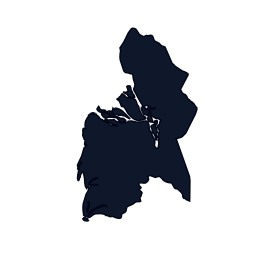 an SVG outline of Delta Amacuro, rotated 248°
{"feature_id": "VEN-65", "entity_name": "Delta Amacuro", "entity_type": "State", "adm_level": 1, "iso_a3": "VEN", "parent_name": "Venezuela", "parent_adm1": "", "projection": "orthographic", "projection_center": [-61.33, 8.902], "detail": "fine", "context": "isolated", "style": "filled", "palette": "ink", "viewbox_px": 256, "rotation_deg": 248, "n_neighbors": 0, "source": "natural_earth", "source_scale": "10m", "svg_char_len": 5895}
<svg xmlns="http://www.w3.org/2000/svg" viewBox="0 0 256 256"><g transform="rotate(248 128 128)"><path d="M205.3,150.6L209.4,156.5L216.2,164.1L218.8,168.4L218.8,169.7L217.9,171.2L216.7,172.3L210.7,173.6L209.6,174.2L207.2,176.3L206.8,177.3L206.9,179.8L206.1,180.8L205.6,183.4L204.9,184.6L203.8,185.2L199.8,185.1L198.4,185.5L194.9,188.6L191.7,189.8L189.3,192.6L171.3,193.1L169.6,194.1L167.6,194.8L160.7,199.5L159.0,201.4L156.8,203.3L155.6,203.9L154.8,203.6L144.4,191.4L143.4,191.1L139.9,191.5L137.2,193.7L135.5,194.3L133.0,194.3L131.0,195.5L129.6,195.9L128.1,197.1L125.6,198.2L122.6,198.7L121.1,199.4L119.1,198.6L115.7,195.6L101.7,179.7L99.8,175.3L99.5,173.8L100.0,168.6L60.0,166.8L55.8,165.6L37.2,157.8L40.0,155.0L41.6,154.4L41.8,153.5L42.6,153.2L43.5,153.1L46.0,153.7L47.8,153.5L52.3,151.4L53.6,150.2L54.0,149.3L55.1,148.6L60.6,148.0L62.6,144.6L64.4,142.6L66.5,141.1L68.2,140.7L70.5,139.6L71.3,139.0L71.7,138.1L72.0,134.8L75.4,131.1L75.9,129.9L75.7,128.4L72.6,127.8L71.5,126.6L70.8,125.1L70.5,123.6L70.9,122.3L72.8,118.5L72.7,117.3L70.5,116.8L67.9,117.8L67.5,117.4L66.8,115.1L63.6,116.6L62.6,116.7L61.3,115.4L59.9,114.5L58.9,112.8L55.9,112.5L55.3,112.2L55.4,111.2L56.4,108.5L56.4,106.1L55.9,105.3L55.6,103.4L55.4,97.9L54.8,97.0L51.9,95.1L51.1,93.9L50.5,89.7L48.3,88.7L47.4,87.8L47.3,86.8L47.7,85.7L49.0,83.6L51.7,80.8L52.5,78.2L55.3,75.1L55.2,74.0L55.6,74.9L57.4,73.1L58.8,70.9L60.6,65.9L60.7,63.7L59.6,59.6L59.7,57.2L60.8,58.1L61.9,59.6L64.3,64.2L64.7,65.7L64.9,75.0L64.1,77.8L62.3,79.4L64.5,78.7L65.8,76.5L66.3,73.6L65.9,65.4L65.5,63.9L63.7,59.9L68.6,60.7L69.9,63.2L70.6,63.5L74.0,64.1L74.5,64.1L74.6,63.8L73.4,62.9L70.6,62.2L68.6,59.9L67.6,59.4L66.7,59.2L62.8,59.1L62.0,58.7L61.0,57.7L62.3,55.2L63.6,54.2L69.2,55.7L72.4,57.0L74.7,58.3L81.2,63.5L82.4,64.5L84.4,67.2L87.3,69.3L87.5,70.7L88.7,72.2L87.9,74.8L86.6,77.2L86.4,78.6L86.8,78.6L88.6,74.9L89.5,71.3L90.7,71.4L93.0,75.4L92.7,76.7L93.0,82.2L93.6,80.9L93.9,79.4L93.8,75.7L92.4,73.5L91.8,71.3L89.5,70.4L87.5,66.9L90.0,66.7L92.5,67.2L97.5,68.8L102.9,69.9L104.1,69.1L103.8,68.2L102.2,66.3L100.2,65.1L100.0,64.1L99.0,63.9L98.2,63.1L97.8,62.4L98.1,62.1L100.0,62.2L103.5,64.0L110.5,68.6L113.9,73.0L113.6,71.1L112.0,69.1L111.6,67.9L109.7,67.2L108.7,66.1L108.9,66.0L109.9,66.8L112.0,67.1L112.8,67.5L119.4,74.6L126.0,79.8L126.7,81.9L128.0,83.5L128.9,83.1L127.8,81.7L129.4,81.7L132.9,83.8L134.1,83.1L134.5,83.3L137.9,83.2L140.3,84.4L142.9,85.3L144.0,86.0L144.3,87.1L143.7,86.9L143.4,86.2L143.4,88.9L143.9,89.4L145.5,88.9L146.6,89.2L149.3,90.6L150.4,91.4L152.9,94.4L153.3,95.5L154.6,96.1L155.5,99.2L155.4,100.8L154.6,102.1L154.3,101.2L153.8,100.7L153.0,103.5L151.1,104.1L149.7,105.0L147.5,105.5L146.2,106.1L145.5,107.3L143.5,108.0L139.9,111.4L138.4,112.0L137.1,112.8L135.9,114.8L134.1,118.8L135.1,118.4L135.9,117.6L137.1,115.3L142.5,110.5L144.1,109.5L144.4,110.7L142.6,112.9L142.2,114.9L141.3,116.4L141.3,117.7L141.0,118.3L139.0,119.2L136.8,121.7L136.3,121.7L134.9,124.2L133.8,127.9L133.7,129.0L134.1,131.0L133.2,133.8L129.7,139.0L128.8,141.8L128.5,145.0L127.8,147.4L126.2,148.7L123.4,148.7L118.7,147.3L107.3,148.2L104.5,147.5L101.9,145.9L100.7,146.0L99.4,146.2L98.5,146.9L98.3,148.2L98.9,148.9L102.4,150.9L105.4,151.6L106.4,152.7L108.9,152.3L110.7,154.3L112.3,154.7L113.1,155.9L114.4,156.1L118.0,155.4L118.7,155.9L119.8,158.6L122.2,160.3L122.9,161.3L125.0,159.9L125.8,159.0L126.6,157.2L129.7,155.0L131.1,154.7L135.3,155.0L138.3,154.4L139.7,154.5L139.9,155.4L138.8,156.3L136.4,156.8L135.9,157.9L135.9,160.1L136.1,160.6L136.8,160.9L136.8,158.6L137.1,157.4L138.2,156.8L140.1,156.6L140.8,154.9L142.0,153.7L142.3,150.3L143.1,149.5L144.3,150.0L146.9,149.3L161.5,147.6L162.7,148.4L164.0,149.8L165.9,150.9L171.2,151.3L175.5,152.4L176.6,152.2L177.5,150.4L178.9,149.0L180.4,146.4L182.4,145.5L193.8,146.3L196.4,147.0L198.9,148.1L202.5,150.1L205.3,150.6ZM141.6,133.4L147.7,132.5L149.1,132.1L150.5,130.1L155.9,130.1L158.9,128.6L159.2,129.5L158.6,130.3L158.9,130.9L159.8,131.2L160.3,133.1L161.1,134.0L161.9,135.4L159.5,137.2L157.9,137.4L156.5,138.6L154.6,141.7L154.1,143.1L151.5,145.4L149.0,145.6L146.6,145.3L143.5,146.0L141.2,145.3L135.3,145.7L131.5,148.2L130.4,148.3L129.9,147.7L130.6,141.4L131.3,139.9L133.2,137.6L135.2,136.1L137.5,134.9L141.6,133.4ZM140.4,147.3L141.7,147.8L141.9,149.5L141.1,151.0L139.7,151.7L138.2,150.9L138.1,151.8L138.8,153.3L133.2,154.1L126.3,153.5L123.8,153.6L125.4,150.8L126.6,149.8L128.3,149.5L129.7,150.0L131.8,151.7L133.2,152.3L132.3,151.1L132.5,150.6L135.0,147.8L135.8,147.5L140.4,147.3ZM146.6,119.7L148.1,119.3L149.6,119.7L152.0,121.5L150.2,121.9L151.2,123.5L150.2,125.4L148.5,127.2L145.8,129.2L137.0,132.9L135.5,133.3L140.4,129.4L142.6,126.2L143.3,124.0L145.5,122.2L145.8,120.3L146.6,119.7ZM116.0,149.2L117.3,149.8L120.9,149.8L121.5,151.1L121.7,153.6L122.5,154.4L124.5,155.5L124.3,157.5L123.4,157.8L122.3,157.4L120.8,156.2L120.2,154.9L119.4,153.9L115.3,154.0L113.2,153.6L110.9,151.8L109.5,151.2L108.3,151.1L106.2,150.2L106.5,149.6L110.4,150.1L112.8,150.0L114.3,149.1L116.0,149.2ZM157.1,140.2L159.3,139.9L162.6,137.2L162.9,137.4L161.9,139.3L161.9,140.7L162.4,141.8L163.2,142.2L166.8,142.4L167.2,143.2L166.4,145.5L164.2,145.7L162.7,145.2L161.4,145.1L160.1,145.4L157.3,145.4L156.4,145.9L154.0,145.8L153.9,145.2L157.1,140.2ZM135.9,128.8L135.1,128.1L136.3,124.0L136.9,122.9L141.3,121.5L144.9,117.2L145.9,116.6L147.5,116.4L151.1,115.2L150.9,116.9L150.6,117.4L150.6,117.0L150.1,118.1L149.5,118.7L147.3,118.8L146.2,119.1L145.2,119.8L139.7,124.9L138.6,127.4L135.9,128.8ZM149.7,113.8L148.6,115.0L145.4,116.1L144.0,117.0L145.1,114.7L145.5,110.7L147.5,109.3L149.8,108.7L151.0,108.7L151.5,109.5L151.4,110.8L151.0,112.0L149.7,114.3L149.7,113.8ZM153.3,107.9L155.7,106.4L157.2,106.3L159.1,108.8L158.4,109.1L156.4,109.0L154.6,110.2L153.7,112.4L152.9,113.5L151.5,113.8L152.6,109.1L153.3,107.9ZM60.7,52.1L61.4,53.6L61.1,54.6L59.6,55.9L57.0,56.6L57.0,55.7L57.8,53.9L59.0,52.5L60.7,52.1Z" fill="#0f172a" stroke="#020617" stroke-width="1.5"/></g></svg>